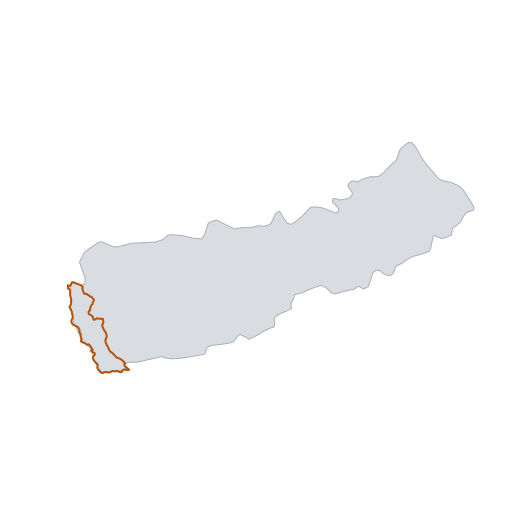 Nepal, with Mahakali highlighted, rotated 314°
{"feature_id": "NPL-1128", "entity_name": "Mahakali", "entity_type": "Administrative Zone", "adm_level": 1, "iso_a3": "NPL", "parent_name": "Nepal", "parent_adm1": "", "projection": "equal_earth", "projection_center": [80.565, 29.386], "detail": "fine", "context": "in_parent", "style": "outline", "palette": "amber", "viewbox_px": 512, "rotation_deg": 314, "n_neighbors": 0, "source": "natural_earth", "source_scale": "10m", "svg_char_len": 5051}
<svg xmlns="http://www.w3.org/2000/svg" viewBox="0 0 512 512"><g transform="rotate(314 256 256)"><path d="M443.5,286.9L445.4,288.6L445.7,291.4L445.4,294.5L443.6,301.2L441.9,305.9L440.1,315.8L438.6,333.1L439.1,336.2L444.9,346.1L447.3,353.7L447.6,358.9L445.4,367.6L443.0,377.5L441.7,379.7L440.2,380.5L433.2,377.1L428.5,377.6L423.1,379.5L417.4,379.1L412.7,378.0L406.8,381.9L401.1,379.8L397.4,377.3L394.8,370.5L393.8,369.6L381.9,376.8L379.1,377.2L371.6,373.3L365.4,369.5L363.1,368.4L357.2,366.9L351.9,366.0L346.1,363.7L339.0,366.8L336.1,366.5L333.4,364.3L331.9,359.7L331.5,355.3L329.0,352.3L325.2,351.7L320.0,354.3L312.3,357.9L309.8,357.3L307.5,356.3L306.7,355.3L305.6,351.2L304.3,350.3L302.5,350.2L299.3,349.2L295.4,346.2L283.4,339.0L281.9,335.8L281.9,328.8L281.2,325.8L279.7,322.8L273.6,319.7L261.7,314.7L255.1,310.7L252.0,312.5L246.1,314.2L242.9,317.8L239.0,316.7L229.8,312.9L224.9,312.3L221.9,313.6L221.3,315.8L217.5,318.2L214.0,316.3L206.9,313.6L200.7,312.2L191.3,308.9L190.2,304.1L188.6,299.2L186.4,298.4L178.0,299.3L170.3,294.0L162.0,287.2L158.5,285.0L156.2,284.2L154.2,285.1L151.9,286.6L149.8,287.1L145.3,284.2L139.6,280.0L132.6,274.9L124.4,267.7L121.0,263.7L119.4,260.6L117.7,257.8L110.5,253.1L104.9,249.4L98.1,245.0L96.9,244.1L94.4,241.4L90.4,238.1L87.2,237.1L86.2,239.0L85.4,240.9L82.6,240.5L78.2,237.1L73.6,233.5L70.0,230.2L66.3,226.8L65.4,224.3L67.0,216.6L69.1,210.0L70.9,208.5L73.9,204.1L75.0,196.4L74.9,189.9L77.8,180.6L81.8,170.8L88.7,160.3L91.6,156.8L94.9,154.4L101.3,146.7L102.6,145.4L105.3,143.4L108.0,142.9L110.1,143.9L112.2,147.9L114.8,151.8L117.9,151.6L121.5,148.3L129.0,133.2L139.4,130.1L149.3,131.6L158.0,133.8L160.6,138.9L162.4,144.2L163.5,146.9L166.4,150.1L178.8,157.7L186.0,164.6L196.0,173.7L203.5,177.8L210.1,178.1L213.8,181.7L219.5,188.9L224.3,197.2L230.3,204.8L234.3,204.6L239.9,202.1L246.6,198.8L250.7,200.4L254.4,202.5L255.7,206.5L258.0,214.0L260.6,221.8L264.5,224.5L269.2,228.5L271.8,231.7L280.5,237.5L281.7,239.9L283.5,241.5L285.6,242.5L287.4,243.7L290.1,244.1L300.1,240.6L302.8,241.1L304.3,241.7L304.4,243.0L302.7,248.4L301.2,255.4L302.9,259.0L307.1,260.4L316.4,261.5L329.0,261.4L332.8,264.9L336.7,270.3L340.7,279.4L342.2,283.3L344.2,284.4L347.4,282.8L347.9,279.1L347.9,273.5L350.6,271.6L352.4,273.0L354.5,277.4L359.8,281.3L363.6,283.2L367.1,282.5L368.6,281.0L370.2,273.4L373.0,272.3L376.6,272.8L378.0,274.3L379.5,277.4L383.8,278.8L388.2,280.7L392.3,283.2L398.1,288.9L405.1,289.9L413.2,289.8L417.5,289.9L420.7,290.3L423.5,290.0L431.8,285.9L435.2,285.6L439.4,286.1L443.5,286.9Z" fill="#d9dde1" stroke="#a8b0b8" stroke-width="1"/><path d="M109.4,141.9L109.9,142.4L110.5,143.4L111.1,144.6L111.6,146.6L112.7,148.7L113.1,149.6L113.6,152.4L112.6,153.2L111.8,154.0L110.5,156.3L109.8,157.7L109.6,158.5L109.7,158.9L109.9,159.1L110.2,159.4L110.6,159.8L110.9,160.3L111.1,160.9L111.2,161.5L111.4,163.0L112.2,166.5L112.2,168.6L112.0,169.6L111.4,170.3L110.8,170.5L109.8,170.6L109.5,170.7L108.0,171.7L107.6,171.8L107.2,171.8L106.8,171.8L106.3,171.9L104.6,172.3L103.2,173.0L102.3,173.9L101.6,174.2L101.1,174.3L100.3,174.1L99.7,174.3L98.5,175.4L98.3,175.7L98.2,176.3L98.3,176.7L98.5,177.2L98.7,178.0L98.9,178.9L98.9,180.4L98.7,181.1L98.4,181.7L97.9,182.3L97.5,183.2L97.6,183.8L98.1,184.2L99.5,184.6L100.5,184.8L100.8,184.9L100.9,185.0L101.0,185.1L102.0,186.8L104.3,189.4L102.9,191.7L101.4,192.7L99.4,193.4L98.7,194.2L98.0,196.2L97.4,197.5L97.1,198.4L96.9,199.3L96.8,200.1L96.5,201.3L96.0,202.3L95.1,203.7L94.5,204.4L93.8,204.9L91.6,205.7L90.8,206.2L89.5,207.7L89.0,208.5L88.8,209.3L88.7,209.8L88.4,210.2L88.2,210.6L88.0,212.2L87.4,213.1L87.1,214.0L86.8,215.3L86.0,217.1L86.5,220.6L86.2,225.2L86.2,226.0L86.3,226.7L86.5,227.0L86.7,227.6L87.4,228.9L87.6,229.6L87.9,230.8L88.0,231.6L88.0,236.1L87.2,236.2L86.3,236.8L85.8,237.7L85.7,238.8L86.1,242.7L85.8,243.6L84.9,243.0L82.9,240.2L82.1,239.6L81.1,239.5L80.2,239.8L79.3,240.0L78.4,239.5L77.9,238.7L76.6,235.6L76.2,235.3L75.4,235.0L75.0,234.8L74.6,234.3L74.2,233.3L73.9,232.9L73.1,232.4L71.5,232.0L70.6,231.6L69.9,231.0L68.3,228.6L66.8,227.5L66.4,227.4L65.6,227.2L64.7,226.4L64.4,223.9L64.5,222.6L64.6,221.5L64.9,220.4L65.5,219.4L66.2,218.8L67.0,218.3L67.7,217.7L68.1,216.6L67.9,214.5L68.3,211.8L69.2,209.4L70.7,208.6L71.5,208.7L72.4,208.7L73.3,208.4L73.9,207.6L73.8,206.6L73.0,204.0L73.3,203.1L74.1,203.0L74.6,203.5L75.1,203.6L76.1,199.6L76.2,198.1L76.1,196.9L75.8,196.6L75.3,196.6L74.9,196.5L74.7,195.9L74.4,193.4L73.4,191.3L73.0,190.3L73.2,189.2L73.7,188.8L75.1,188.2L75.4,187.7L75.5,186.9L75.8,186.5L76.2,186.1L76.6,185.5L77.6,184.6L78.0,184.1L78.3,183.6L78.3,183.3L78.2,182.9L78.2,182.5L78.3,182.1L78.6,181.9L79.2,181.5L79.4,181.3L80.5,179.9L81.0,178.6L81.1,177.2L80.7,175.6L80.0,174.0L79.6,172.4L79.6,170.8L80.3,169.1L81.5,167.9L84.3,167.1L85.3,166.1L87.7,162.6L88.7,160.7L89.3,158.4L89.7,157.4L90.4,156.9L92.1,156.7L93.0,156.3L93.5,155.9L94.8,154.6L96.4,153.3L96.9,152.7L98.3,150.1L98.9,149.3L101.7,146.8L102.6,145.2L102.0,143.5L102.7,142.8L103.5,141.7L104.2,141.1L104.7,141.8L105.1,142.9L105.9,143.1L109.1,141.9L109.4,141.9Z" fill="none" stroke="#b45309" stroke-width="2"/></g></svg>